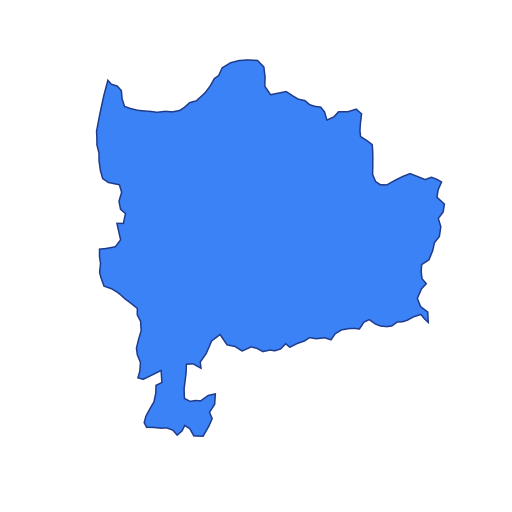 Cabreúva, São Paulo, Brazil (Equal Earth projection), rotated 12°
{"feature_id": "56859067B26102733992690", "entity_name": "Cabreúva", "entity_type": "district", "adm_level": 2, "iso_a3": "BRA", "parent_name": "Brazil", "parent_adm1": "São Paulo", "projection": "equal_earth", "projection_center": [-47.08, -23.313], "detail": "fine", "context": "isolated", "style": "filled", "palette": "blue", "viewbox_px": 512, "rotation_deg": 12, "n_neighbors": 0, "source": "geoboundaries", "source_scale": "gbopen_adm2", "svg_char_len": 2542}
<svg xmlns="http://www.w3.org/2000/svg" viewBox="0 0 512 512"><g transform="rotate(12 256 256)"><path d="M308.0,338.2L314.4,333.1L321.0,329.1L325.4,324.7L332.1,324.4L340.3,321.7L346.8,322.4L349.6,315.6L355.0,310.5L362.2,307.6L367.6,306.3L372.3,305.9L375.3,298.3L379.9,294.7L386.9,297.7L392.4,298.6L398.6,297.9L403.4,296.2L408.0,291.1L412.9,289.9L417.3,287.4L422.8,282.7L429.5,278.9L433.8,282.4L438.3,285.1L435.6,275.1L427.5,271.3L422.6,263.9L424.7,253.7L428.3,247.7L423.1,243.7L420.8,236.8L419.8,230.0L426.0,223.7L427.7,214.0L427.8,205.8L431.3,198.8L430.7,189.0L426.5,181.3L429.9,174.1L429.5,166.1L420.8,160.9L420.4,153.3L422.1,145.0L416.9,143.4L411.2,142.5L405.5,146.1L397.2,144.6L389.5,143.4L383.0,147.7L376.4,152.9L369.3,159.2L362.9,160.5L357.5,158.3L353.1,152.0L351.6,144.1L349.8,135.4L348.2,128.6L346.5,122.9L340.1,119.9L333.4,117.4L331.6,111.7L330.6,105.0L329.7,95.1L323.5,91.5L316.1,95.7L306.7,97.8L303.3,103.7L297.1,108.3L293.0,100.7L288.3,96.9L282.3,97.4L277.0,96.8L271.5,93.8L264.6,93.8L258.1,91.5L251.3,88.9L246.9,90.8L236.7,95.2L229.3,88.1L227.7,79.2L224.4,69.5L216.8,64.4L206.9,66.0L198.6,68.4L190.9,72.3L183.8,79.0L182.0,87.2L178.3,91.2L175.9,99.1L172.4,106.7L169.2,111.3L165.3,116.7L159.3,119.7L155.0,125.6L151.1,129.5L144.3,132.4L137.1,133.4L129.1,136.1L123.6,136.4L117.7,137.2L110.1,138.1L102.0,137.8L96.3,137.0L92.4,130.2L89.9,122.2L84.9,118.6L78.6,118.0L74.6,114.9L73.8,130.2L73.7,149.4L74.1,167.2L75.9,173.9L77.3,180.4L81.0,187.9L82.7,195.6L86.0,204.7L89.9,212.1L96.3,214.8L107.6,214.7L111.3,221.6L110.6,230.9L113.8,238.5L119.5,241.6L119.5,251.7L113.2,253.0L116.5,260.3L120.2,268.3L116.5,276.2L107.4,280.0L101.5,281.8L103.0,289.0L105.5,295.7L106.4,304.5L108.9,309.5L113.6,317.1L121.7,318.1L127.4,320.1L131.6,322.1L137.0,325.3L141.7,327.4L150.8,331.9L152.1,338.3L156.7,343.9L159.2,352.9L158.5,361.7L158.2,371.0L160.4,377.2L165.1,384.1L166.3,392.8L165.8,399.7L171.3,400.1L187.0,387.7L190.2,399.3L185.1,403.3L186.5,410.9L186.5,419.8L184.0,427.5L181.6,435.7L181.3,442.3L184.6,446.3L191.9,444.9L198.8,444.2L204.2,442.7L210.9,443.6L216.1,447.6L220.0,442.5L221.5,436.6L227.2,438.7L232.6,444.9L241.7,443.3L245.2,432.4L246.9,424.1L243.0,418.5L246.4,409.6L244.9,399.3L238.3,402.3L232.0,409.2L227.1,409.9L221.6,411.9L215.6,410.2L213.3,401.0L211.9,384.8L210.4,376.3L217.0,374.6L225.5,377.2L223.5,371.3L227.6,361.6L230.3,348.2L237.2,340.3L246.1,348.9L254.3,348.9L262.2,351.8L270.2,345.9L276.4,346.2L282.6,348.1L289.2,345.1L294.1,344.8L299.4,341.8L303.3,335.6L308.0,338.2Z" fill="#3b82f6" stroke="#1e3a8a" stroke-width="1.5"/></g></svg>